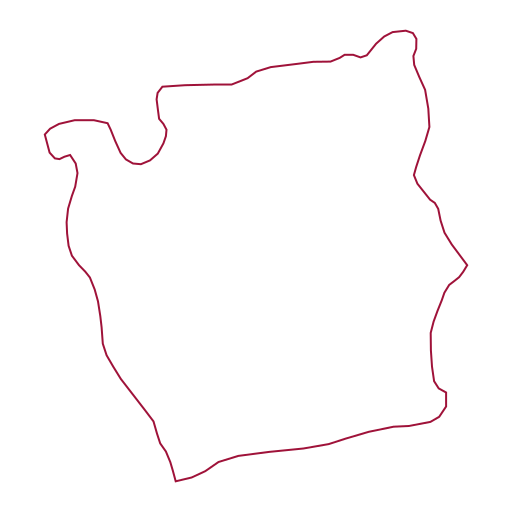 Mougalaba, Ngounié, Gabon (Equal Earth projection)
{"feature_id": "22940354B67008732943825", "entity_name": "Mougalaba", "entity_type": "district", "adm_level": 2, "iso_a3": "GAB", "parent_name": "Gabon", "parent_adm1": "Ngounié", "projection": "equal_earth", "projection_center": [10.772, -2.045], "detail": "fine", "context": "isolated", "style": "outline", "palette": "rose", "viewbox_px": 512, "rotation_deg": 0, "n_neighbors": 0, "source": "geoboundaries", "source_scale": "gbopen_adm2", "svg_char_len": 1563}
<svg xmlns="http://www.w3.org/2000/svg" viewBox="0 0 512 512"><path d="M446.1,392.5L438.7,388.4L434.1,381.2L432.0,366.6L430.9,350.4L430.7,332.9L433.6,321.6L437.5,310.9L441.8,300.2L444.4,292.7L449.2,284.9L453.8,281.4L459.1,277.2L463.2,271.8L467.2,265.2L451.7,244.4L444.5,232.7L440.6,220.6L438.2,208.8L434.8,202.9L430.1,199.7L417.4,183.7L413.9,175.1L416.2,166.9L420.0,155.3L425.3,141.0L429.4,127.0L428.3,108.6L425.1,89.8L419.2,76.8L414.2,64.9L413.4,56.0L416.2,48.8L416.4,38.9L412.9,33.1L405.8,30.7L392.6,32.1L384.2,36.5L376.1,43.7L366.8,55.3L360.5,57.4L353.2,54.8L344.6,54.8L339.7,57.9L330.5,61.6L313.4,61.8L297.7,63.8L270.8,67.1L256.2,71.6L247.6,78.2L231.7,84.5L216.2,84.5L185.1,85.2L162.4,86.7L157.6,92.9L156.6,99.3L157.8,108.9L159.1,118.8L163.4,123.9L166.5,129.7L165.9,136.2L163.4,143.4L157.8,153.6L150.0,160.4L140.9,164.2L133.0,163.5L125.9,159.4L120.6,152.9L115.2,141.0L110.7,129.7L107.6,123.2L93.9,120.2L74.7,120.2L59.0,123.9L50.1,128.7L44.8,134.5L49.6,152.6L54.9,158.4L59.5,159.1L64.5,156.7L70.1,155.0L75.7,163.5L77.5,173.1L75.2,186.7L71.9,195.9L68.1,208.6L66.6,222.2L67.1,233.5L68.6,245.8L71.9,255.7L79.0,265.2L85.3,271.7L89.9,277.5L94.7,289.5L98.0,301.4L100.3,316.1L101.6,327.3L102.8,343.7L106.6,355.3L113.2,366.6L120.8,378.9L144.7,409.8L153.5,421.4L157.0,433.6L160.2,443.4L165.9,451.5L170.3,462.1L172.9,470.9L175.7,481.3L191.6,477.5L205.2,471.2L218.5,462.0L238.3,455.9L269.1,451.9L303.4,448.5L328.7,444.1L345.7,438.6L368.8,431.8L393.6,426.7L408.8,426.0L430.4,421.9L439.2,416.8L446.1,406.5L446.1,392.5Z" fill="none" stroke="#9f1239" stroke-width="2"/></svg>